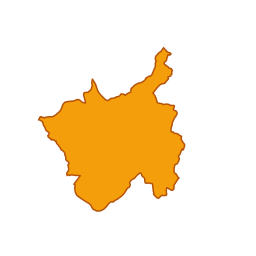 an SVG outline of Hirat, rotated 310°
{"feature_id": "AFG-1742", "entity_name": "Hirat", "entity_type": "Province", "adm_level": 1, "iso_a3": "AFG", "parent_name": "Afghanistan", "parent_adm1": "", "projection": "natural_earth1", "projection_center": [62.522, 34.206], "detail": "fine", "context": "isolated", "style": "filled", "palette": "amber", "viewbox_px": 256, "rotation_deg": 310, "n_neighbors": 0, "source": "natural_earth", "source_scale": "10m", "svg_char_len": 5823}
<svg xmlns="http://www.w3.org/2000/svg" viewBox="0 0 256 256"><g transform="rotate(310 128 128)"><path d="M133.2,75.1L133.9,74.9L136.9,73.6L137.6,73.2L138.1,72.7L138.7,71.9L139.8,70.8L142.4,69.5L142.4,69.9L140.8,74.7L137.2,80.7L136.8,81.7L136.0,84.4L135.7,86.2L135.2,92.1L135.3,93.2L135.8,94.5L136.0,94.8L137.9,95.6L139.1,95.6L139.4,95.7L139.7,95.9L141.2,97.4L142.3,98.3L143.0,98.7L144.3,99.0L144.5,99.2L145.7,100.2L146.2,100.5L147.1,100.9L148.7,100.9L149.5,100.8L149.9,101.0L150.5,102.1L151.0,102.7L151.3,103.4L151.2,104.9L151.4,105.0L152.0,105.0L154.6,105.6L157.2,106.9L157.9,106.7L159.4,105.4L159.8,105.2L160.2,105.1L165.2,105.6L168.2,106.8L169.6,107.5L170.2,108.2L170.7,108.5L172.4,109.5L173.2,109.7L175.6,110.1L176.1,110.2L176.8,110.0L177.4,109.6L180.7,110.6L181.9,111.3L182.8,112.0L183.2,112.2L184.0,112.1L192.7,109.4L195.5,107.1L196.0,106.9L197.0,106.8L197.5,106.5L197.6,106.2L197.8,105.3L198.1,105.0L198.5,104.5L199.6,103.7L200.7,103.2L201.1,103.2L205.3,103.3L206.3,103.5L207.4,104.0L207.7,104.0L212.3,103.7L211.7,108.1L211.7,109.5L211.9,110.4L212.5,111.9L212.6,112.6L212.6,113.0L212.4,113.2L212.1,113.4L211.6,113.2L210.8,113.2L210.6,113.1L210.5,112.9L210.3,112.5L209.9,111.7L209.4,111.6L208.2,112.3L207.4,112.7L206.5,112.8L206.1,113.0L205.7,113.2L205.5,113.5L205.0,113.8L204.4,114.0L203.9,114.0L203.0,113.9L201.9,113.7L201.5,113.8L200.9,114.0L200.6,114.2L200.4,114.5L200.3,115.1L200.3,115.6L200.5,117.1L200.4,118.4L200.6,119.7L200.5,120.1L200.2,121.0L200.3,121.3L201.0,122.3L201.1,122.7L201.2,123.1L201.1,123.7L200.8,124.6L200.5,125.0L200.3,125.2L199.7,125.2L199.3,125.4L198.7,125.7L198.0,126.4L197.3,127.0L197.0,127.0L195.9,127.0L195.2,127.1L194.9,127.1L194.6,126.9L192.6,125.9L192.5,126.0L192.2,126.5L191.9,127.1L191.3,127.4L185.9,127.3L185.2,127.0L184.5,126.3L183.9,125.8L183.2,125.4L182.0,124.9L181.3,124.7L177.7,124.4L170.8,124.7L170.1,127.7L169.0,130.0L166.5,133.8L166.3,134.4L166.4,134.9L168.1,137.8L168.3,138.4L168.7,139.7L168.9,140.1L170.5,141.5L171.3,142.5L171.9,143.3L172.2,144.0L172.8,146.2L173.0,146.6L174.2,147.9L174.7,148.6L174.7,149.0L174.5,149.5L174.1,149.7L173.2,150.2L171.9,150.4L171.5,150.7L171.4,150.9L171.2,151.3L171.2,151.5L171.8,153.6L171.9,154.4L171.2,155.8L170.2,156.5L169.1,156.9L165.0,157.3L160.2,158.7L159.6,159.0L159.2,159.5L158.5,160.0L157.9,160.2L157.2,160.4L155.5,161.2L153.7,162.5L153.2,163.1L153.0,163.4L153.0,163.9L153.1,164.1L153.7,164.7L153.8,165.0L154.0,165.4L153.9,165.8L153.7,166.4L153.8,166.9L154.1,167.5L155.0,168.8L155.3,169.5L155.5,170.4L155.5,171.4L155.7,173.3L156.0,174.3L155.2,174.9L154.3,175.3L153.9,175.6L153.5,176.3L153.1,177.3L152.3,179.4L152.1,180.3L152.0,181.0L151.8,181.8L150.6,182.9L146.9,184.4L146.7,184.3L146.5,184.1L146.5,183.8L146.7,183.1L145.4,183.3L141.9,184.5L141.3,184.7L140.7,184.8L139.0,184.6L138.8,184.7L138.6,185.0L138.3,185.5L138.0,186.4L137.8,186.7L137.3,187.2L136.7,187.5L134.9,188.1L132.8,188.6L132.4,188.6L131.8,188.5L130.7,187.8L130.3,187.7L129.7,187.8L129.1,188.0L127.4,188.9L126.1,189.7L125.0,190.7L124.4,191.1L124.1,191.4L123.8,191.8L123.6,192.7L123.5,193.2L123.5,193.7L123.7,194.2L123.6,194.8L123.5,195.1L122.4,197.8L122.4,198.1L122.5,199.1L122.3,199.2L122.0,199.2L121.2,199.1L120.2,199.1L118.6,199.4L115.1,199.8L113.9,200.0L113.2,200.3L112.9,200.6L111.6,201.8L110.6,202.3L110.0,202.4L109.1,202.2L108.9,202.1L108.7,201.9L108.4,201.2L108.0,200.4L108.0,199.4L107.7,198.6L107.6,198.0L107.5,196.6L107.3,196.3L106.7,196.3L106.0,196.6L103.8,198.3L102.2,200.1L101.6,200.5L101.3,200.5L100.9,200.5L100.4,200.0L98.8,198.4L98.3,197.5L98.1,197.2L97.8,197.0L97.3,196.9L94.8,196.8L94.3,196.6L93.9,196.4L93.5,196.2L93.3,195.5L93.2,194.7L93.3,192.8L93.5,191.1L93.7,190.3L93.9,190.0L94.2,189.8L95.4,189.0L95.6,188.8L95.9,187.9L96.1,187.6L96.7,187.2L98.1,185.7L98.9,184.7L100.4,183.4L100.8,182.8L100.9,182.3L99.0,179.1L97.3,177.2L97.1,176.8L97.1,176.3L97.3,176.1L97.8,175.5L98.2,174.9L99.0,174.2L99.8,173.4L100.0,173.1L100.2,172.3L100.3,169.6L100.4,169.3L100.5,169.0L101.1,168.4L101.3,168.2L101.5,167.8L101.5,167.3L101.6,166.8L101.5,166.4L101.1,166.1L98.2,165.4L95.1,165.2L93.8,165.3L93.0,165.2L92.4,164.5L90.4,164.1L88.4,164.0L87.5,164.2L87.1,164.5L86.8,164.9L86.3,165.9L85.9,166.2L85.4,166.5L84.2,167.0L83.7,167.0L83.2,167.0L82.3,166.6L81.8,166.4L81.1,166.4L74.9,167.1L72.1,166.9L66.4,165.6L64.0,164.5L61.7,164.2L61.3,163.4L60.6,162.7L60.0,162.3L58.6,161.9L56.9,161.8L53.8,162.0L50.5,161.7L47.0,160.3L44.4,157.6L43.4,153.8L43.7,152.1L45.0,149.1L45.1,147.0L44.0,139.0L43.5,133.8L43.7,131.5L44.9,129.0L46.3,127.3L47.8,125.7L49.8,124.6L50.5,123.8L50.2,122.7L60.6,122.1L60.1,121.1L57.0,117.0L56.4,115.6L56.0,115.0L55.4,114.5L54.4,114.0L54.0,113.7L53.7,112.4L53.4,112.1L53.1,111.9L52.6,111.8L53.2,110.7L54.3,110.1L56.6,109.8L57.7,109.5L58.5,108.9L60.4,106.7L60.6,106.3L60.9,105.9L61.5,105.6L62.1,105.5L62.6,105.6L63.1,105.4L63.6,104.8L63.7,103.6L63.6,102.2L63.7,101.0L64.4,100.1L65.8,99.0L66.6,97.5L66.8,96.7L68.1,96.2L68.5,94.5L68.7,92.7L68.4,90.7L68.6,90.0L69.2,89.1L69.3,88.6L69.4,87.5L70.1,85.6L70.3,83.4L70.6,82.7L71.7,81.2L71.2,80.8L71.2,80.3L71.4,79.3L69.8,77.0L69.5,76.5L69.8,76.2L70.2,76.0L70.2,75.5L70.0,75.0L69.8,74.8L69.8,73.2L70.1,72.1L70.7,71.5L71.6,71.5L72.6,71.4L73.4,70.9L73.7,70.0L73.5,67.3L73.7,66.2L74.0,65.6L74.9,64.4L75.1,63.9L75.5,62.3L76.0,61.2L76.9,60.0L77.5,59.0L77.8,58.0L77.7,56.9L77.2,54.8L76.9,54.3L77.5,54.1L79.7,53.6L80.1,53.6L80.4,53.8L80.8,54.2L80.4,54.9L80.9,55.3L81.1,55.4L81.7,56.0L81.6,56.7L81.6,57.0L82.1,57.7L82.5,57.9L82.9,57.9L83.6,58.2L86.3,60.8L88.2,63.0L91.0,64.1L96.7,65.0L99.2,64.8L104.3,63.0L106.8,63.0L108.0,63.7L109.1,64.4L113.4,68.7L114.6,69.5L116.9,70.6L117.5,71.2L118.0,72.0L118.3,73.0L118.3,73.9L118.3,76.0L118.5,76.8L119.3,78.7L119.7,79.2L120.4,78.9L124.5,73.2L125.9,71.9L127.0,71.8L129.8,74.4L130.3,74.7L131.6,74.5L132.8,75.0L133.2,75.1Z" fill="#f59e0b" stroke="#b45309" stroke-width="1.5"/></g></svg>